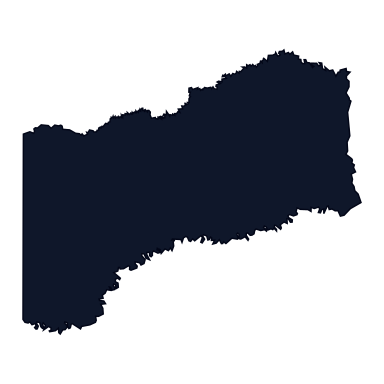 the district of Cumaribo, Vichada, Colombia
{"feature_id": "7082276B31805828490385", "entity_name": "Cumaribo", "entity_type": "district", "adm_level": 2, "iso_a3": "COL", "parent_name": "Colombia", "parent_adm1": "Vichada", "projection": "orthographic", "projection_center": [-69.558, 4.15], "detail": "fine", "context": "isolated", "style": "filled", "palette": "ink", "viewbox_px": 384, "rotation_deg": 0, "n_neighbors": 0, "source": "geoboundaries", "source_scale": "gbopen_adm2", "svg_char_len": 5929}
<svg xmlns="http://www.w3.org/2000/svg" viewBox="0 0 384 384"><path d="M111.5,118.4L110.3,118.8L110.0,121.8L108.3,122.4L108.0,123.9L105.6,123.4L103.1,126.7L102.0,126.3L101.0,128.0L100.3,127.1L98.7,128.1L98.7,130.2L97.1,130.3L96.6,131.8L94.0,132.1L93.1,130.8L89.5,130.0L88.1,132.7L86.7,132.3L87.5,134.3L83.8,135.9L82.1,133.9L81.1,135.3L79.4,133.7L75.6,133.3L69.6,129.9L62.7,129.3L62.1,126.1L60.8,125.2L58.5,125.9L54.8,125.1L51.1,128.3L48.3,125.6L41.2,124.9L37.6,128.0L35.3,127.8L33.9,129.0L34.6,131.3L33.7,133.3L29.9,131.8L23.4,134.1L23.0,319.4L25.0,322.3L28.1,323.0L29.8,321.9L32.0,324.7L35.5,323.5L36.0,325.8L34.6,327.6L36.0,329.1L37.2,328.9L38.3,326.1L36.7,323.9L37.0,321.9L39.7,322.6L40.9,326.8L42.5,328.4L43.7,327.7L42.5,324.1L43.2,322.9L45.4,325.3L43.7,329.9L48.7,326.4L51.2,328.2L51.0,330.1L49.3,330.9L49.7,331.7L55.4,330.7L58.4,328.2L58.8,332.7L60.2,334.0L62.7,329.9L65.1,329.6L66.9,327.4L66.9,325.5L64.5,323.0L64.9,321.9L67.4,322.8L67.7,326.7L68.9,328.5L70.3,327.8L71.2,324.1L72.2,323.6L80.5,328.9L81.6,326.4L89.9,324.8L95.4,322.3L96.2,320.4L95.6,316.3L98.6,316.3L103.2,314.0L102.8,308.3L100.7,304.3L105.5,303.7L103.8,301.0L99.5,300.5L99.1,299.0L103.1,298.2L102.3,295.2L105.1,293.2L106.7,289.7L110.5,290.3L109.3,287.0L110.7,287.3L111.9,290.2L114.7,289.5L115.3,288.1L113.3,285.8L113.7,284.0L115.4,284.6L116.3,288.5L118.3,287.3L118.0,283.1L115.4,281.8L115.3,279.4L117.5,278.1L119.6,279.6L120.3,278.2L113.8,272.6L117.8,271.0L118.5,267.4L119.6,267.4L120.1,269.0L123.6,268.7L128.6,265.7L129.7,266.7L129.6,269.5L131.0,270.2L136.8,268.0L137.2,266.1L135.1,263.7L135.2,261.8L139.7,262.8L141.0,265.0L144.0,263.5L145.1,259.6L141.7,255.7L141.9,253.7L144.0,253.8L146.1,258.3L149.5,259.7L146.7,254.3L146.8,252.5L149.5,252.2L149.7,255.8L151.1,256.7L152.4,255.4L152.3,252.5L153.5,251.0L157.9,253.1L159.9,252.5L159.2,250.5L157.0,249.8L157.3,248.3L160.3,249.7L161.2,253.4L165.0,248.9L168.4,250.6L170.4,247.9L172.0,250.6L173.7,246.0L173.2,241.9L174.3,240.4L173.6,239.6L171.8,240.1L172.4,239.0L180.9,239.5L182.0,242.3L183.5,237.8L185.9,236.4L187.5,237.3L189.0,240.8L190.6,241.4L192.6,238.8L194.7,240.8L201.0,235.6L202.4,237.5L200.8,242.2L202.2,242.9L204.6,239.2L202.7,236.0L203.4,234.7L206.7,235.9L207.9,240.0L209.3,239.5L210.6,237.1L211.7,237.9L211.4,240.4L214.6,240.2L212.8,244.0L216.2,243.1L219.3,239.7L221.4,243.6L222.7,243.5L223.6,241.8L225.9,243.5L231.9,238.2L237.3,239.1L237.9,237.0L236.7,234.0L237.7,233.1L239.0,234.2L238.9,238.6L240.8,239.0L245.1,236.7L248.0,240.3L248.6,239.1L246.2,235.3L246.3,233.4L247.7,232.9L250.2,235.3L252.0,235.1L254.0,233.8L254.7,230.3L256.1,229.0L260.7,230.5L264.5,229.7L266.5,231.1L266.9,229.8L263.5,227.6L264.3,226.0L266.0,226.8L268.1,229.9L271.0,228.8L272.8,229.6L274.0,228.2L276.5,230.9L276.5,229.4L274.3,227.1L274.6,225.4L275.8,225.4L280.6,229.3L281.3,228.0L280.3,224.7L284.0,222.0L287.2,223.4L286.9,218.7L288.5,219.0L290.4,222.2L292.1,222.1L292.3,219.9L288.6,217.6L287.9,215.7L289.6,214.5L293.4,215.9L296.9,214.7L297.4,213.6L296.0,211.7L297.1,207.8L300.2,209.3L308.0,209.6L311.0,211.4L311.1,207.3L314.3,208.5L318.6,207.0L319.7,208.9L318.4,212.5L320.4,212.8L321.8,209.6L323.8,209.0L323.8,213.6L327.2,206.2L328.2,205.9L329.2,209.5L332.1,209.0L335.1,210.8L338.0,210.7L340.4,216.1L344.1,215.2L350.4,208.6L361.0,202.5L358.1,194.1L354.8,190.7L354.0,186.5L351.8,183.2L352.5,179.2L351.2,174.1L355.5,171.9L353.5,167.6L354.3,164.9L351.8,163.1L352.4,160.1L351.7,158.8L345.9,154.3L347.6,151.0L347.1,142.2L349.8,135.9L347.6,112.2L350.9,101.1L349.3,99.9L349.2,98.1L346.0,93.0L349.0,86.8L349.0,81.3L346.5,79.0L346.4,76.0L350.0,72.1L346.5,71.5L346.1,68.5L340.2,70.1L339.9,72.1L338.2,72.2L335.9,76.2L332.7,70.0L329.3,70.8L325.0,67.1L325.6,70.4L322.5,68.7L321.7,63.1L319.2,62.7L320.8,65.3L318.5,65.9L316.7,63.3L311.0,63.2L311.1,64.2L313.9,66.4L312.6,67.6L309.3,62.8L306.9,62.6L305.7,59.7L304.1,59.7L304.8,63.6L302.8,63.6L301.2,62.3L300.8,59.5L298.3,59.1L298.6,56.1L293.8,55.1L292.6,51.9L289.8,54.3L288.4,52.5L284.9,53.9L283.9,50.0L282.4,51.3L279.4,51.5L278.7,53.2L280.2,54.7L279.4,55.7L277.6,56.0L275.7,52.5L275.3,54.0L272.8,55.2L268.4,55.4L267.4,61.4L263.2,57.9L264.0,59.3L262.0,60.8L262.2,62.8L260.5,61.3L260.0,63.3L257.3,64.4L257.7,65.6L256.4,67.2L255.3,65.5L254.2,66.3L252.7,64.5L251.1,66.3L250.0,64.7L248.2,65.7L246.7,64.8L246.7,68.1L244.7,67.0L242.6,67.1L244.0,67.9L241.0,71.6L239.3,71.4L239.0,73.2L236.6,71.4L236.2,73.2L234.6,74.2L232.8,73.5L230.8,76.3L229.2,73.9L226.9,75.3L225.8,75.4L225.4,74.2L224.0,75.5L222.8,75.2L222.3,76.7L225.1,76.5L226.4,78.4L222.0,79.1L222.0,81.8L218.6,81.2L217.2,82.0L220.2,83.5L216.2,85.0L216.0,86.5L217.3,87.0L216.9,89.3L214.2,88.8L213.0,86.9L211.7,88.9L210.8,87.3L207.3,88.1L204.5,87.5L202.9,89.8L202.4,89.1L200.6,90.4L199.8,88.6L197.5,89.3L197.9,87.7L192.6,89.5L191.5,87.6L189.0,88.2L188.9,92.2L190.4,92.2L189.3,95.8L190.4,96.5L189.0,98.7L189.0,102.5L187.7,102.5L188.2,103.3L188.1,103.9L185.9,104.9L186.0,103.5L185.0,103.4L185.3,105.2L184.1,106.2L181.8,106.0L182.7,108.8L178.3,109.1L179.8,112.4L178.0,111.6L176.6,113.6L174.7,113.6L174.8,115.3L172.7,114.0L172.5,114.6L172.9,115.1L172.8,115.3L170.0,114.7L169.7,116.1L166.5,111.5L166.4,114.8L163.9,114.1L163.3,115.3L164.8,115.3L164.9,117.8L163.1,118.1L163.6,117.2L162.2,116.8L162.8,119.2L160.5,116.4L159.6,116.8L160.6,118.6L158.1,117.1L157.8,119.1L155.7,118.6L155.3,117.5L151.4,118.3L150.0,114.8L150.3,112.1L148.8,110.4L147.6,110.5L147.3,111.9L145.4,109.8L144.4,112.1L144.3,110.0L142.5,110.5L142.8,108.3L142.1,108.2L140.8,109.7L140.2,109.2L140.4,110.9L139.3,110.1L138.4,112.1L138.0,111.1L136.9,112.3L135.9,110.9L135.7,112.8L134.0,111.7L134.9,112.5L133.1,112.6L133.1,114.5L132.1,112.5L131.7,114.1L130.6,113.1L129.5,114.5L127.4,112.6L127.8,115.3L127.0,113.8L125.1,113.6L125.0,115.1L122.8,114.8L122.7,117.1L121.4,115.1L121.5,117.6L120.0,116.8L119.1,118.0L118.3,116.6L117.8,117.7L116.9,117.0L115.4,118.3L115.1,116.4L113.6,118.0L113.1,116.3L112.7,117.4L111.2,117.3L111.5,118.4Z" fill="#0f172a" stroke="#020617" stroke-width="1.5"/></svg>